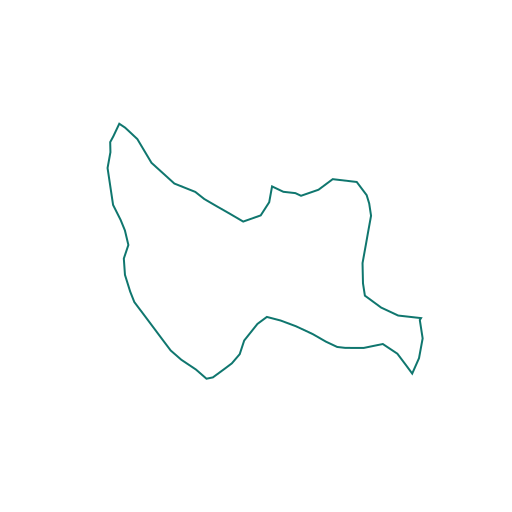 Unsan, P'yŏngan-namdo, North Korea (Mercator projection), rotated 233°
{"feature_id": "82179303B62623868631396", "entity_name": "Unsan", "entity_type": "district", "adm_level": 2, "iso_a3": "PRK", "parent_name": "North Korea", "parent_adm1": "P'yŏngan-namdo", "projection": "mercator", "projection_center": [126.152, 39.43], "detail": "fine", "context": "isolated", "style": "outline", "palette": "teal", "viewbox_px": 512, "rotation_deg": 233, "n_neighbors": 0, "source": "geoboundaries", "source_scale": "gbopen_adm2", "svg_char_len": 1013}
<svg xmlns="http://www.w3.org/2000/svg" viewBox="0 0 512 512"><g transform="rotate(233 256 256)"><path d="M187.8,142.6L185.0,148.5L184.8,163.2L184.8,172.1L187.4,183.9L195.6,195.7L200.9,216.3L200.8,228.0L189.7,236.8L175.9,245.6L159.3,254.4L145.5,260.3L134.5,266.1L128.9,272.0L117.8,286.6L109.4,304.3L92.9,310.1L79.1,310.1L68.1,310.0L76.3,324.7L89.9,339.5L106.3,348.3L107.1,350.4L122.9,333.7L139.5,324.9L158.8,319.1L169.8,325.0L186.2,336.8L199.8,351.5L208.0,360.3L218.9,372.1L229.8,378.0L238.0,381.0L254.5,381.0L271.2,363.5L271.3,345.8L277.0,328.2L282.5,325.3L290.8,316.5L301.9,310.7L291.0,298.9L285.6,284.2L291.2,266.5L305.1,260.7L318.8,254.8L332.6,249.0L343.7,246.1L363.0,234.4L393.3,228.6L420.8,231.6L437.3,228.7L443.9,226.4L437.4,214.0L434.7,208.1L426.5,202.2L415.6,190.4L399.2,181.5L382.8,172.6L366.3,169.6L355.3,166.7L341.6,160.7L333.5,148.9L319.8,140.0L303.3,134.1L292.4,131.1L273.1,131.1L245.6,131.0L231.9,131.0L218.1,133.9L201.5,139.7L187.8,142.6Z" fill="none" stroke="#0f766e" stroke-width="2"/></g></svg>